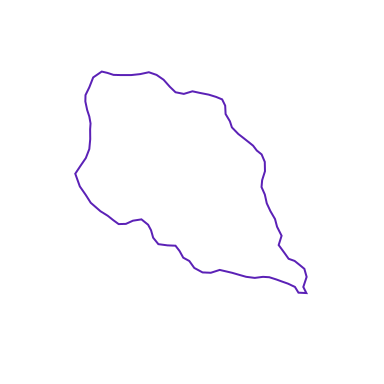 outline of Cocal do Sul, Santa Catarina, Brazil, rotated 49°
{"feature_id": "56859067B62749816333800", "entity_name": "Cocal do Sul", "entity_type": "district", "adm_level": 2, "iso_a3": "BRA", "parent_name": "Brazil", "parent_adm1": "Santa Catarina", "projection": "albers", "projection_center": [-49.326, -28.6], "detail": "fine", "context": "isolated", "style": "outline", "palette": "violet", "viewbox_px": 384, "rotation_deg": 49, "n_neighbors": 0, "source": "geoboundaries", "source_scale": "gbopen_adm2", "svg_char_len": 1271}
<svg xmlns="http://www.w3.org/2000/svg" viewBox="0 0 384 384"><g transform="rotate(49 192 192)"><path d="M323.7,157.6L317.2,158.7L311.3,159.8L305.8,162.9L298.7,162.2L288.9,161.4L283.8,153.1L274.0,150.6L266.9,147.1L258.0,145.4L249.6,143.0L241.7,138.7L233.9,136.3L229.1,131.3L224.2,123.3L217.0,117.3L209.3,114.8L203.2,115.9L197.1,115.5L187.3,117.3L178.6,119.0L169.4,119.5L163.5,117.0L155.2,115.5L148.6,110.3L141.9,108.5L136.1,111.4L129.5,115.5L122.2,121.2L116.3,125.6L112.6,133.8L105.9,139.0L98.1,139.7L88.6,139.8L80.4,141.9L73.3,146.0L69.0,153.8L63.7,161.4L56.6,169.5L52.1,174.4L46.6,177.7L41.9,181.1L40.7,191.4L45.6,200.8L49.0,208.8L53.7,213.1L61.3,217.3L67.7,220.0L73.7,223.6L77.9,227.8L85.3,234.1L92.2,241.3L96.7,249.8L99.1,259.0L101.6,268.1L107.5,270.4L114.2,273.0L124.4,274.1L133.7,275.5L146.5,273.7L154.6,271.2L161.6,269.9L168.1,268.4L172.7,262.8L174.9,255.4L179.5,248.1L187.9,246.6L194.0,248.0L201.0,251.3L209.3,251.6L216.2,245.5L221.7,239.7L228.4,240.1L235.8,241.7L242.3,239.3L250.8,240.1L259.6,236.8L265.3,230.8L269.0,222.2L279.2,214.8L285.7,210.6L291.5,206.8L298.0,201.0L302.6,194.1L307.0,189.6L313.4,185.7L319.0,182.6L324.1,179.7L331.2,176.6L337.8,177.7L343.3,172.0L336.7,170.3L331.3,161.2L323.7,157.6Z" fill="none" stroke="#5b21b6" stroke-width="2"/></g></svg>